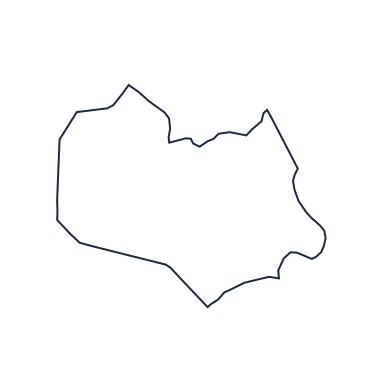 the district of Joca Marques, Piauí, Brazil, rotated 110°
{"feature_id": "56859067B3346916621202", "entity_name": "Joca Marques", "entity_type": "district", "adm_level": 2, "iso_a3": "BRA", "parent_name": "Brazil", "parent_adm1": "Piauí", "projection": "orthographic", "projection_center": [-42.438, -3.542], "detail": "fine", "context": "isolated", "style": "outline", "palette": "slate", "viewbox_px": 384, "rotation_deg": 110, "n_neighbors": 0, "source": "geoboundaries", "source_scale": "gbopen_adm2", "svg_char_len": 925}
<svg xmlns="http://www.w3.org/2000/svg" viewBox="0 0 384 384"><g transform="rotate(110 192 192)"><path d="M133.8,100.6L97.1,140.5L93.5,144.5L89.2,149.6L93.5,151.7L101.9,150.9L106.4,153.5L112.5,157.0L120.2,160.3L122.9,177.1L128.2,187.0L134.6,189.8L139.1,194.8L146.8,200.3L146.0,207.6L142.4,211.3L143.7,216.2L153.4,230.2L148.5,232.7L139.9,234.2L130.6,238.8L126.7,244.9L121.4,263.5L116.3,276.4L113.1,288.1L123.2,290.9L137.4,295.7L142.4,300.3L156.3,327.6L188.0,334.4L245.6,316.0L255.7,312.0L264.4,309.1L273.0,292.2L278.1,280.2L276.8,264.7L269.2,191.9L270.4,186.5L279.0,169.7L294.8,138.0L290.5,135.6L284.0,130.6L275.3,127.3L269.0,120.9L259.4,111.8L245.4,90.7L243.4,80.8L236.3,84.1L223.0,83.1L215.0,78.8L213.1,72.7L213.9,56.5L210.4,53.2L204.5,50.1L198.0,49.6L189.8,50.6L183.2,54.4L179.7,60.2L175.4,71.2L171.8,78.0L163.9,88.9L154.7,96.5L147.0,100.9L141.1,101.4L133.8,100.6Z" fill="none" stroke="#1e293b" stroke-width="2"/></g></svg>